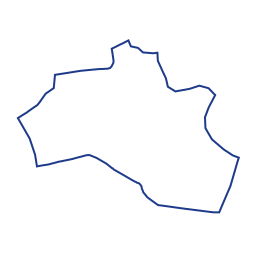 outline of Bani Dabyan, Sana'a, Yemen, rotated 88°
{"feature_id": "15242507B92196142658872", "entity_name": "Bani Dabyan", "entity_type": "district", "adm_level": 2, "iso_a3": "YEM", "parent_name": "Yemen", "parent_adm1": "Sana'a", "projection": "albers", "projection_center": [44.869, 15.05], "detail": "fine", "context": "isolated", "style": "outline", "palette": "blue", "viewbox_px": 256, "rotation_deg": 88, "n_neighbors": 0, "source": "geoboundaries", "source_scale": "gbopen_adm2", "svg_char_len": 1828}
<svg xmlns="http://www.w3.org/2000/svg" viewBox="0 0 256 256"><g transform="rotate(88 128 128)"><path d="M163.2,220.3L162.3,214.3L162.1,212.5L162.0,211.4L161.5,207.9L161.3,207.2L161.1,206.2L160.8,205.2L160.6,204.2L160.5,203.3L160.2,202.3L160.0,201.5L159.8,200.5L159.5,199.6L159.3,198.6L159.2,197.6L159.0,196.7L158.9,195.6L158.7,194.6L157.1,185.0L156.4,182.1L155.5,178.4L155.5,178.1L153.7,170.2L153.7,167.4L156.8,160.5L162.9,150.8L167.7,145.2L167.8,144.7L168.5,144.1L169.1,143.5L173.1,137.0L179.5,126.8L181.7,123.2L182.0,122.4L182.5,121.6L183.0,120.9L183.3,120.0L183.5,119.1L184.1,118.4L184.9,117.9L185.6,117.3L186.2,116.8L187.1,116.5L188.1,116.4L188.9,116.3L189.8,116.0L190.6,115.6L191.6,115.3L192.5,115.0L193.0,114.9L193.5,114.4L198.0,111.0L202.2,105.7L206.1,100.6L207.3,93.3L209.0,83.7L211.1,71.5L211.2,70.6L213.6,55.9L215.2,46.0L215.5,39.8L208.8,36.7L189.4,27.6L165.7,19.8L161.5,18.3L159.2,23.9L158.4,25.2L157.6,26.3L155.9,28.6L154.7,30.4L152.5,33.4L145.0,41.6L142.3,44.5L133.4,49.3L130.9,50.6L119.9,50.7L117.9,49.8L110.2,46.6L107.6,45.1L98.1,39.7L96.4,41.3L91.9,45.3L91.0,46.2L89.3,51.7L88.2,55.2L89.8,60.8L90.1,61.9L90.2,62.1L91.0,65.0L91.8,70.3L92.6,76.0L93.1,79.4L92.3,80.5L88.2,86.7L79.6,88.4L72.4,91.5L70.9,92.1L62.2,95.7L62.1,95.8L53.8,96.0L54.2,100.2L53.0,110.4L51.2,112.2L48.3,115.2L46.5,122.3L42.8,123.7L40.5,124.5L41.7,127.1L42.6,129.0L43.4,130.7L44.4,133.1L45.0,134.4L46.9,138.5L48.2,141.5L52.1,141.0L54.7,140.7L60.1,140.1L62.2,140.3L63.4,140.9L66.0,142.4L67.4,143.8L68.0,146.1L68.1,151.5L68.1,152.4L68.1,155.4L69.0,170.2L69.2,173.4L71.3,190.6L72.3,199.1L85.5,200.8L89.2,206.5L89.3,206.7L90.7,209.0L99.0,215.3L101.9,217.8L105.3,223.2L106.3,224.7L107.5,226.5L109.2,229.0L111.6,233.3L112.3,234.4L114.2,237.7L135.2,226.6L151.5,221.8L153.1,221.6L163.2,220.3Z" fill="none" stroke="#1e3a8a" stroke-width="2"/></g></svg>